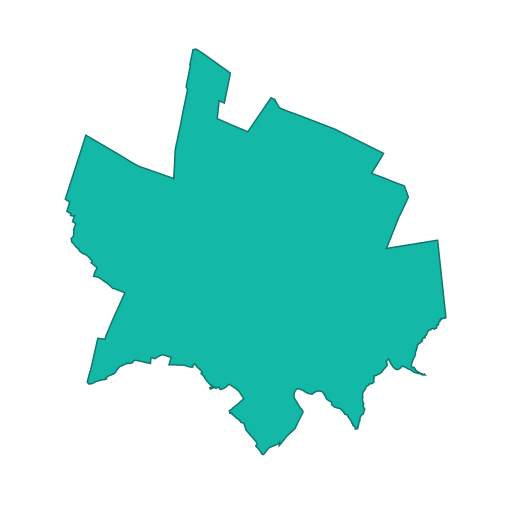 Villa Hidalgo, Zacatecas, Mexico (Robinson projection), rotated 99°
{"feature_id": "50627088B19487455211640", "entity_name": "Villa Hidalgo", "entity_type": "district", "adm_level": 2, "iso_a3": "MEX", "parent_name": "Mexico", "parent_adm1": "Zacatecas", "projection": "robinson", "projection_center": [-101.681, 22.407], "detail": "fine", "context": "isolated", "style": "filled", "palette": "teal", "viewbox_px": 512, "rotation_deg": 99, "n_neighbors": 0, "source": "geoboundaries", "source_scale": "gbopen_adm2", "svg_char_len": 6020}
<svg xmlns="http://www.w3.org/2000/svg" viewBox="0 0 512 512"><g transform="rotate(99 256 256)"><path d="M134.7,146.1L118.4,197.9L110.3,235.8L108.1,247.3L106.3,254.9L105.8,255.9L104.0,257.8L98.5,261.9L97.4,265.9L134.7,283.6L133.1,289.1L132.8,290.8L131.6,295.6L129.7,303.5L126.4,315.8L108.4,316.7L109.9,311.2L79.4,309.9L64.1,340.4L62.3,344.5L61.0,347.7L62.1,350.5L77.7,351.3L78.1,350.6L98.1,351.4L100.1,351.4L102.2,349.6L126.8,350.8L141.1,351.2L148.1,351.7L155.5,351.9L156.0,352.1L164.5,352.4L179.1,350.7L188.6,349.8L189.6,349.6L192.4,349.4L189.8,363.2L188.7,369.7L187.1,377.9L186.0,384.5L185.4,386.8L183.2,392.9L177.3,407.2L163.3,443.0L175.0,444.7L217.7,451.4L229.9,453.2L231.7,448.5L236.3,449.0L241.5,449.8L242.6,447.1L243.0,445.3L245.0,445.6L245.1,442.9L244.5,441.6L250.8,442.6L251.5,440.6L252.4,439.1L258.5,440.3L259.5,440.2L260.0,439.7L264.4,439.5L265.5,439.6L267.5,441.3L268.5,441.1L268.8,440.8L269.9,440.6L271.1,440.0L273.5,436.9L275.4,435.0L276.9,432.5L278.7,431.0L279.5,429.8L280.8,427.0L281.1,424.8L282.6,421.9L284.3,419.5L285.2,418.9L286.0,417.5L286.4,417.2L287.1,417.2L288.4,417.8L291.9,412.0L292.9,411.2L297.3,412.7L301.5,413.2L301.5,410.5L301.6,408.8L301.8,407.9L305.2,401.0L307.4,396.4L307.9,395.9L308.2,395.3L309.7,393.5L310.5,392.2L310.6,391.7L310.3,390.4L310.9,388.6L312.8,379.7L342.3,387.8L354.1,390.6L359.0,391.9L361.8,392.1L362.0,399.4L394.0,401.4L396.6,401.9L406.8,403.0L407.8,402.0L408.5,401.2L408.4,399.8L407.4,397.6L405.3,394.9L403.9,392.2L402.6,389.0L402.2,388.6L402.0,386.8L401.6,386.1L401.2,385.0L400.7,384.4L400.1,385.5L399.8,385.3L397.2,382.5L396.7,381.3L395.3,379.3L395.2,378.5L392.8,376.5L392.2,376.2L391.4,376.2L388.3,374.4L386.0,372.7L385.9,372.1L384.6,370.1L382.4,367.2L381.9,366.9L382.5,366.4L381.7,365.0L381.9,364.2L381.7,363.6L381.8,363.3L380.6,361.2L379.6,361.0L378.9,360.5L378.0,359.3L377.8,358.5L378.2,350.6L378.7,343.4L373.2,343.9L372.9,342.8L373.2,339.5L371.3,337.8L368.1,333.3L369.3,323.9L377.1,324.9L376.3,320.4L375.9,315.7L375.5,313.5L375.1,310.1L375.9,304.2L375.9,302.5L375.7,301.5L375.6,301.1L374.5,301.2L372.0,299.8L374.7,296.8L376.5,294.4L377.5,292.5L377.7,292.4L378.8,291.1L380.0,291.8L380.5,291.1L380.8,291.6L382.7,289.0L386.5,285.7L390.6,280.7L390.2,280.2L391.5,278.3L393.2,281.0L394.6,280.3L391.9,275.8L393.0,275.0L391.2,272.2L393.4,270.6L393.2,269.6L391.9,267.3L390.6,265.6L388.2,263.7L386.8,262.1L390.7,254.2L392.4,251.6L398.8,245.8L405.0,250.7L410.2,255.5L410.8,255.6L413.1,258.2L414.2,257.4L414.6,257.6L415.5,257.1L415.1,256.7L414.7,255.4L415.8,254.4L416.0,254.8L417.2,252.6L417.7,252.2L421.1,246.3L422.7,244.8L423.1,241.7L423.9,241.4L429.6,238.5L439.8,226.4L441.3,225.4L443.7,226.6L445.9,223.6L447.1,222.3L448.5,220.9L449.3,220.3L449.9,220.0L450.0,219.8L451.0,218.9L450.9,217.5L443.3,213.1L438.6,205.4L437.6,204.1L436.8,203.7L439.6,203.4L432.9,199.5L430.0,198.0L420.3,190.5L408.2,186.9L404.1,185.4L402.4,185.2L401.2,186.0L397.6,190.0L396.1,190.9L390.2,196.1L387.4,196.8L384.2,196.6L383.6,196.4L380.5,194.7L380.6,192.2L380.9,190.2L381.3,188.9L382.7,185.7L383.4,183.6L383.7,181.1L383.7,179.0L383.0,178.2L381.8,177.4L380.0,174.6L379.5,172.9L379.5,170.6L379.6,170.0L380.1,168.9L381.5,167.0L382.2,167.0L383.3,166.1L384.0,164.9L384.6,164.7L385.1,164.8L386.0,164.0L386.6,163.2L387.7,161.2L387.8,160.1L388.1,159.2L389.6,158.1L390.9,157.9L391.7,157.1L392.2,155.8L392.7,155.3L393.1,153.9L393.6,149.2L394.7,147.2L395.1,147.0L395.5,146.1L396.1,145.3L396.9,144.9L397.4,144.1L398.3,143.6L398.4,143.1L398.4,141.6L400.0,139.9L401.1,139.5L401.5,138.5L403.3,136.9L404.1,136.4L404.5,135.9L405.1,135.5L406.0,135.4L406.1,135.2L406.2,134.6L406.4,134.3L406.8,134.1L407.5,134.1L408.2,133.6L409.1,131.9L409.4,131.5L409.7,131.4L410.2,131.3L410.9,130.8L411.2,130.9L411.0,129.2L410.1,128.5L403.8,128.2L402.7,127.6L402.1,128.1L400.7,127.7L399.3,128.0L396.6,126.9L395.2,125.4L394.3,125.2L392.6,125.1L391.2,124.7L390.4,124.6L389.7,125.0L389.1,125.7L388.3,126.3L386.9,126.7L384.5,126.5L384.0,127.2L383.3,127.8L380.4,128.5L379.2,128.3L377.1,129.1L376.1,128.9L375.0,129.2L373.7,128.9L372.3,128.1L371.4,128.1L369.9,126.9L369.0,127.0L367.2,126.3L366.0,124.6L365.1,124.4L364.3,123.2L364.0,121.8L362.8,120.4L361.9,119.8L360.2,120.3L356.4,120.5L356.2,120.7L355.9,120.5L355.7,120.0L355.5,119.3L354.8,118.2L352.5,115.0L351.5,114.3L350.8,113.5L348.4,112.4L344.6,109.8L343.2,109.4L341.1,109.9L340.1,111.1L337.1,109.2L337.4,108.5L339.4,107.4L343.1,104.3L344.7,102.5L345.5,101.3L346.0,100.1L346.1,98.9L345.9,98.1L345.5,97.4L344.5,96.2L343.5,95.4L342.7,95.2L342.3,94.8L342.1,94.1L342.1,93.2L342.3,91.9L343.4,88.8L344.6,84.4L345.4,83.3L345.6,82.5L346.1,81.8L346.7,76.7L346.5,75.6L346.7,75.0L347.3,73.6L347.4,73.1L347.0,70.3L346.3,71.2L346.7,71.5L346.8,71.9L346.7,72.4L346.8,72.7L346.5,73.1L346.6,73.6L346.0,74.4L346.4,74.9L346.0,75.7L346.2,76.1L345.8,76.6L345.4,76.7L345.3,77.7L344.8,78.1L344.9,78.8L344.4,79.2L343.8,80.5L342.5,81.2L341.6,82.1L341.1,82.8L341.7,83.5L341.7,84.3L341.1,85.0L339.4,85.4L337.3,85.4L332.3,84.3L330.7,83.6L328.4,83.1L326.0,83.5L325.1,83.4L324.1,82.8L322.8,82.8L322.4,83.0L321.8,82.9L321.6,82.6L321.0,82.6L320.8,82.6L320.4,82.9L319.4,83.0L318.9,82.9L318.4,82.0L318.2,82.0L317.4,81.7L317.4,81.9L316.9,81.7L316.5,80.6L315.3,79.8L315.2,79.5L314.2,79.2L314.2,78.8L313.9,78.5L313.7,78.6L313.5,78.9L313.2,78.9L312.9,78.5L312.7,78.3L311.9,78.7L311.4,78.7L310.8,78.0L310.6,76.9L310.3,76.3L309.9,76.2L309.5,76.8L309.4,76.9L309.0,76.7L308.4,76.0L307.0,75.3L303.6,74.5L302.9,74.0L301.9,73.0L301.5,71.9L301.2,71.5L300.8,71.5L300.3,70.8L299.8,69.5L299.9,69.2L300.3,68.9L300.4,68.4L299.8,67.9L299.2,66.9L299.1,66.5L298.6,66.4L297.3,66.9L296.7,67.0L296.2,66.8L296.2,66.7L296.4,66.6L296.5,66.1L296.0,65.5L295.5,65.2L294.5,64.9L293.6,65.3L293.3,65.3L292.8,65.1L291.8,64.1L290.3,64.3L289.7,62.7L289.4,62.7L289.3,63.3L289.0,63.5L288.7,63.4L288.1,61.8L288.1,60.0L287.3,59.4L287.1,58.8L212.0,79.1L228.2,128.5L224.9,127.6L195.3,121.0L189.9,119.2L174.0,114.7L163.6,120.4L161.6,130.3L160.5,135.6L159.4,139.6L156.3,154.8L140.9,148.4L134.7,146.1Z" fill="#14b8a6" stroke="#0f766e" stroke-width="1.5"/></g></svg>